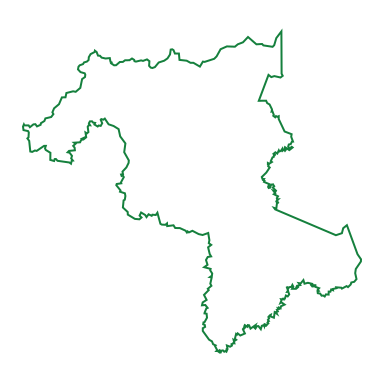 the district of Caucasia, Antioquia, Colombia
{"feature_id": "7082276B49158804939428", "entity_name": "Caucasia", "entity_type": "district", "adm_level": 2, "iso_a3": "COL", "parent_name": "Colombia", "parent_adm1": "Antioquia", "projection": "orthographic", "projection_center": [-75.012, 7.838], "detail": "fine", "context": "isolated", "style": "outline", "palette": "green", "viewbox_px": 384, "rotation_deg": 0, "n_neighbors": 0, "source": "geoboundaries", "source_scale": "gbopen_adm2", "svg_char_len": 5945}
<svg xmlns="http://www.w3.org/2000/svg" viewBox="0 0 384 384"><path d="M360.9,261.5L361.0,259.3L357.5,254.2L346.9,225.2L343.2,228.2L341.9,233.2L335.9,235.2L275.2,209.4L274.1,207.9L276.3,208.6L276.9,203.7L278.7,202.1L276.9,202.6L276.3,201.3L278.3,199.3L277.1,199.4L276.8,198.2L278.0,196.3L273.9,194.2L275.2,193.3L273.4,190.8L275.4,191.7L276.0,190.7L272.8,187.6L274.8,185.7L273.7,186.1L273.1,184.4L271.2,184.6L270.0,187.6L268.7,188.0L268.1,186.9L269.2,184.1L264.0,181.9L264.5,180.8L263.2,180.1L264.0,179.0L262.4,178.8L261.8,177.0L266.3,172.6L269.7,167.5L268.2,166.3L268.9,164.1L267.9,164.2L267.9,163.0L269.2,163.7L271.9,162.0L270.8,161.1L272.5,157.4L273.8,156.8L273.9,154.9L275.6,155.2L273.6,153.8L275.4,152.3L277.3,153.6L278.8,150.4L279.3,151.5L280.9,150.9L282.3,148.8L282.6,150.7L284.1,149.5L285.0,150.8L285.7,149.9L284.6,148.4L285.0,147.2L289.3,150.1L292.6,147.5L291.7,146.8L289.5,148.7L288.2,146.5L288.8,144.5L290.7,144.1L291.9,141.7L293.0,141.6L291.2,136.8L291.6,134.2L284.6,131.5L278.7,119.0L278.7,116.2L277.2,116.8L276.0,116.1L275.2,117.3L273.3,115.8L273.8,114.9L272.4,111.2L271.6,111.5L272.0,109.4L269.6,104.5L267.2,103.1L266.1,100.7L258.8,100.8L268.5,74.9L271.3,77.1L274.3,76.1L280.5,77.5L282.7,75.8L281.6,73.7L281.4,31.4L276.3,38.1L274.2,45.2L272.6,46.8L263.4,45.4L262.1,44.0L256.4,44.3L248.0,37.0L243.0,42.3L237.8,44.3L234.9,46.7L226.9,46.4L220.6,49.2L216.6,56.4L214.2,58.8L204.6,61.9L202.9,61.6L199.9,66.6L193.4,62.8L190.5,62.8L186.7,60.7L179.5,59.9L178.9,53.5L174.9,53.5L173.5,50.1L172.2,49.3L170.7,49.6L170.0,54.5L167.5,58.4L164.2,60.7L158.7,62.5L154.9,67.1L152.4,68.0L150.7,67.6L149.1,65.8L149.4,61.2L147.0,59.4L143.0,60.9L141.1,60.4L135.9,61.6L134.5,61.2L134.2,59.9L132.0,58.5L129.5,60.2L125.0,60.3L122.9,61.9L119.8,62.0L116.1,65.2L114.1,65.3L111.1,63.3L111.6,62.4L110.5,61.8L109.8,58.1L105.5,58.5L101.6,57.6L100.0,55.8L98.0,55.6L96.6,52.0L94.9,50.7L94.7,52.0L90.6,54.1L88.8,57.2L88.6,60.0L86.9,61.6L84.1,62.4L83.0,64.1L79.7,65.3L78.5,66.7L78.0,69.4L80.5,72.1L84.7,73.3L85.3,74.7L85.0,77.0L82.1,79.1L80.3,87.9L75.7,91.8L73.1,91.3L66.4,93.0L65.5,97.3L61.9,97.4L59.0,104.2L54.1,108.3L52.4,112.3L53.4,114.1L51.2,117.0L45.4,118.4L44.4,121.0L40.9,123.2L40.6,124.8L37.0,126.4L35.4,124.2L33.4,124.4L29.9,127.2L28.6,125.4L24.4,125.4L23.9,124.4L23.0,126.6L23.5,130.1L28.1,131.1L28.8,132.5L28.5,137.4L27.4,138.4L29.2,140.9L30.3,151.5L32.2,151.9L34.9,150.5L36.7,150.9L44.0,145.9L45.8,145.9L45.0,148.3L45.7,149.9L50.4,152.8L50.3,159.9L54.1,161.0L54.7,159.1L55.9,159.0L57.5,160.8L69.4,162.5L71.0,163.7L71.7,160.8L72.9,160.6L71.2,158.4L72.0,155.9L69.6,152.7L67.7,152.3L69.0,150.9L74.9,150.3L74.6,147.6L73.2,145.9L75.5,143.8L74.1,142.7L80.1,142.3L81.0,140.3L82.7,139.4L81.8,138.8L84.3,137.6L84.3,138.8L86.2,137.3L85.5,132.5L86.9,133.4L88.4,132.1L87.7,126.8L88.7,125.2L90.1,125.3L88.9,123.3L89.9,121.4L92.0,121.3L93.1,122.6L95.1,122.9L94.4,124.5L97.7,126.5L98.7,125.5L100.7,125.9L102.2,123.2L100.7,119.8L101.3,119.1L103.3,119.7L104.8,118.6L108.6,124.3L113.6,126.0L118.6,129.1L120.2,136.4L125.4,143.4L124.2,152.2L128.8,160.4L128.6,162.9L126.4,167.4L122.5,171.6L123.0,174.2L121.1,174.5L121.6,175.9L122.7,175.4L123.8,177.1L121.0,182.3L121.3,183.3L116.7,184.0L116.3,185.2L120.5,190.4L120.0,191.7L124.9,193.3L125.4,196.0L124.8,199.7L123.6,200.4L122.9,207.5L127.7,212.0L127.8,214.6L134.9,218.9L139.4,219.3L141.5,217.5L139.6,215.6L141.1,212.5L145.2,215.0L146.5,217.1L148.6,214.3L151.7,215.8L152.4,214.7L155.8,215.0L157.4,212.7L160.4,223.8L161.8,224.6L165.4,224.8L167.0,223.4L167.2,226.1L173.5,225.3L175.2,228.0L179.9,228.1L185.6,230.7L186.9,232.5L187.6,231.4L188.9,232.4L192.4,230.8L198.7,234.1L202.6,235.0L208.2,233.0L209.4,240.2L208.8,243.2L211.2,244.9L208.1,247.3L209.7,254.0L211.1,256.4L207.7,257.0L206.0,260.0L207.5,264.8L204.2,267.2L210.6,268.9L210.2,270.3L212.2,273.5L211.9,275.7L209.9,277.1L211.7,277.4L210.3,283.7L211.4,285.8L207.8,288.8L208.7,290.1L204.0,294.9L206.6,299.9L202.7,302.4L202.0,305.3L205.3,305.0L207.6,307.9L206.3,308.5L204.6,312.7L204.5,313.4L206.6,313.7L207.0,317.7L204.5,322.2L203.5,322.4L203.2,324.3L204.8,325.0L205.1,326.9L202.8,328.2L202.8,331.0L209.1,339.7L212.0,341.4L213.1,344.2L215.6,345.4L215.0,346.0L217.2,350.2L216.5,351.0L218.4,351.0L220.4,349.7L218.7,351.8L219.8,352.6L220.7,352.5L221.3,350.7L222.9,350.4L224.2,351.7L225.4,351.0L226.4,351.7L227.4,349.4L226.7,349.0L227.4,348.3L226.9,345.5L230.1,346.7L231.9,345.6L231.5,344.2L233.2,343.5L232.5,343.0L234.4,343.3L233.6,339.9L234.8,340.7L236.2,339.8L234.9,338.8L236.1,333.9L237.0,334.6L237.7,333.4L240.3,335.5L244.9,333.5L243.1,329.7L244.7,327.9L243.8,328.0L245.1,326.3L244.4,326.0L244.8,325.1L247.5,326.8L247.9,325.1L249.1,325.3L250.5,328.6L255.4,325.2L254.3,327.6L255.4,328.6L256.9,326.2L258.4,326.1L260.8,329.2L261.8,325.8L263.9,325.0L264.3,326.0L264.6,324.2L265.9,324.7L264.7,325.8L265.9,325.9L268.3,323.3L267.5,322.6L268.3,321.1L267.5,321.0L268.6,320.9L267.9,319.9L269.1,318.3L268.4,317.0L269.9,315.3L270.8,314.8L270.4,316.4L273.9,317.7L274.7,312.2L276.8,313.7L276.0,312.0L277.8,311.4L276.9,309.8L278.5,309.1L278.1,308.4L279.1,308.7L279.0,307.6L280.6,308.3L280.9,306.3L284.6,304.6L281.5,302.4L280.4,303.0L281.5,300.2L281.0,299.2L283.6,299.4L283.3,298.7L284.9,298.6L285.9,295.5L287.7,296.4L289.2,294.4L288.3,291.8L287.1,291.9L288.0,290.4L286.6,286.6L288.3,288.5L289.1,287.2L291.5,286.8L292.4,284.9L293.3,286.6L292.1,288.8L295.7,288.8L296.3,287.4L296.8,288.2L298.1,287.1L297.5,285.7L300.2,285.1L298.7,283.1L300.7,283.4L303.4,280.1L304.5,283.7L307.9,282.8L311.6,283.7L311.0,284.9L312.0,286.1L312.7,285.2L313.0,286.4L314.2,286.3L313.9,285.2L315.4,285.2L315.5,286.9L319.1,288.2L317.8,289.7L318.7,290.9L317.5,291.1L317.8,293.2L320.2,293.6L321.6,295.7L323.2,295.5L324.7,296.5L325.9,294.4L328.6,294.6L328.7,291.6L330.4,291.7L331.2,289.5L333.0,290.2L332.8,289.0L336.5,288.2L336.2,287.3L341.3,287.7L341.9,288.6L346.6,286.1L348.0,287.1L350.7,284.5L351.3,282.5L354.2,281.8L356.5,279.1L355.2,273.2L355.8,269.0L360.9,261.5Z" fill="none" stroke="#15803d" stroke-width="2"/></svg>